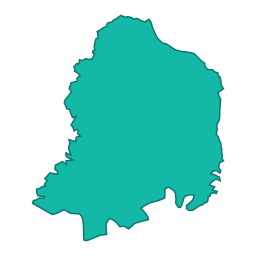 outline of Monte Alegre dos Campos, Rio Grande do Sul, Brazil
{"feature_id": "56859067B8429255067191", "entity_name": "Monte Alegre dos Campos", "entity_type": "district", "adm_level": 2, "iso_a3": "BRA", "parent_name": "Brazil", "parent_adm1": "Rio Grande do Sul", "projection": "robinson", "projection_center": [-50.806, -28.697], "detail": "fine", "context": "isolated", "style": "filled", "palette": "teal", "viewbox_px": 256, "rotation_deg": 0, "n_neighbors": 0, "source": "geoboundaries", "source_scale": "gbopen_adm2", "svg_char_len": 2632}
<svg xmlns="http://www.w3.org/2000/svg" viewBox="0 0 256 256"><path d="M189.1,52.4L180.5,51.3L177.4,50.4L175.2,49.7L166.6,44.0L162.2,42.9L158.1,38.9L156.4,36.3L152.6,27.8L151.0,22.3L149.1,19.2L144.5,22.1L136.8,18.4L133.3,19.3L132.0,17.7L128.1,16.7L125.1,17.2L120.8,15.4L116.3,18.8L113.7,19.9L111.9,21.9L107.6,23.1L106.0,26.7L103.6,27.6L100.7,29.7L97.2,31.5L97.9,34.8L98.0,37.7L95.8,39.1L94.8,43.2L94.2,46.5L95.0,49.9L93.1,50.5L92.5,52.7L94.7,54.0L93.4,56.3L92.4,58.8L88.4,59.4L85.9,58.7L82.2,60.6L79.5,59.8L79.0,63.9L76.7,63.6L73.8,66.8L75.0,69.0L74.5,71.2L77.6,72.9L80.0,75.7L77.0,78.1L77.3,81.2L71.2,82.7L69.2,88.6L71.5,91.9L64.8,100.4L64.3,102.9L67.0,108.9L69.6,109.4L70.6,113.2L72.6,117.7L75.9,116.3L74.6,118.9L71.1,124.9L73.1,127.6L74.1,131.0L76.3,129.4L78.3,130.2L77.7,133.8L80.4,136.1L76.4,137.1L75.8,139.3L75.8,141.6L69.0,139.6L70.0,143.0L68.8,146.4L68.6,148.6L70.9,155.2L66.0,152.8L65.8,155.3L67.2,157.3L73.1,160.1L66.1,160.8L66.4,164.3L62.5,161.6L58.3,163.7L55.4,165.1L54.9,169.4L57.4,171.3L57.6,174.3L49.9,172.9L44.8,178.7L47.2,180.6L44.4,184.2L45.6,186.3L42.3,186.5L39.8,188.3L36.7,189.2L36.5,191.5L37.9,195.7L44.6,196.7L43.1,198.4L39.8,197.9L36.1,199.9L33.4,200.6L32.5,203.3L52.2,214.5L56.5,213.4L63.7,209.9L65.6,210.3L68.6,212.4L71.4,213.4L79.4,213.8L81.9,216.6L82.9,219.7L83.5,226.0L83.9,240.0L87.1,240.6L100.0,235.3L106.6,234.4L106.0,223.9L108.1,220.3L109.4,218.6L112.0,219.3L115.5,221.6L120.0,226.8L123.6,225.8L128.6,228.9L134.5,223.7L136.8,222.6L148.4,219.6L147.8,216.9L145.6,213.5L141.0,208.2L144.3,205.9L146.0,204.9L149.4,203.1L158.8,200.4L164.6,198.1L164.9,194.2L165.0,189.1L168.3,186.9L173.9,190.6L175.4,193.4L176.0,198.5L175.8,203.4L178.2,207.1L180.3,207.5L181.8,205.0L184.0,197.8L185.2,196.2L189.4,194.8L191.3,194.8L194.3,195.5L192.7,200.2L186.4,205.7L186.7,208.8L188.8,210.4L192.7,210.3L200.1,205.3L202.4,204.9L203.7,203.3L206.9,202.2L208.0,200.0L208.0,197.3L210.2,195.8L210.5,193.5L213.5,192.8L216.3,193.5L217.1,191.4L212.4,190.2L214.7,186.9L209.5,184.9L211.7,182.0L215.0,179.5L217.8,179.4L220.1,180.9L219.5,177.2L213.9,174.5L210.6,174.0L213.3,170.8L216.6,170.7L219.9,173.0L220.9,170.6L218.6,167.6L219.6,162.7L223.5,160.8L221.8,158.4L222.4,155.7L221.5,151.8L221.8,148.7L220.9,146.6L221.0,143.8L219.2,140.1L218.3,136.8L216.2,134.3L217.2,129.4L216.8,125.5L217.6,122.9L219.2,120.1L219.8,115.1L219.7,112.3L219.9,108.1L220.2,104.8L220.6,99.0L219.0,96.3L218.1,92.5L223.5,88.7L222.0,86.6L221.0,84.1L221.0,81.6L220.1,77.0L218.2,75.6L217.8,72.9L214.8,71.9L212.4,69.6L208.3,69.7L206.4,68.2L204.8,65.8L204.8,63.4L201.5,61.1L196.4,55.9L194.0,53.5L189.1,52.4Z" fill="#14b8a6" stroke="#0f766e" stroke-width="1.5"/></svg>